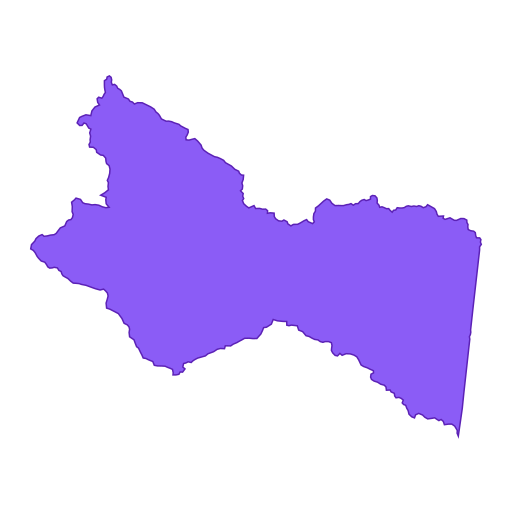 outline of Pau D'Arco, Pará, Brazil
{"feature_id": "56859067B52334370836521", "entity_name": "Pau D'Arco", "entity_type": "district", "adm_level": 2, "iso_a3": "BRA", "parent_name": "Brazil", "parent_adm1": "Pará", "projection": "orthographic", "projection_center": [-50.157, -7.725], "detail": "fine", "context": "isolated", "style": "filled", "palette": "violet", "viewbox_px": 512, "rotation_deg": 0, "n_neighbors": 0, "source": "geoboundaries", "source_scale": "gbopen_adm2", "svg_char_len": 5603}
<svg xmlns="http://www.w3.org/2000/svg" viewBox="0 0 512 512"><path d="M30.7,248.9L33.3,250.4L35.1,252.6L37.2,256.5L38.8,258.5L41.2,261.0L44.8,262.2L46.6,264.7L47.8,266.9L49.7,268.1L52.2,267.9L54.2,267.3L57.4,267.9L58.9,270.4L61.1,271.5L61.8,273.8L63.0,275.7L64.8,276.8L67.9,278.5L70.7,281.2L73.2,283.1L76.1,283.3L79.2,283.6L81.4,284.4L86.0,285.3L90.1,286.8L92.3,287.6L95.4,288.7L100.1,290.0L103.6,289.1L105.4,290.7L107.4,293.0L108.1,296.0L107.3,299.1L106.1,303.1L106.6,308.1L109.7,309.1L118.4,313.6L120.1,316.0L122.0,318.6L124.1,323.3L127.4,324.9L129.0,326.9L129.6,329.2L129.1,332.5L129.6,336.8L134.0,339.8L135.3,343.4L136.6,346.7L138.5,348.1L139.5,350.2L140.5,352.3L142.0,355.2L143.2,358.0L146.0,358.5L148.3,359.7L150.5,360.6L152.8,361.5L154.3,365.3L157.5,365.9L161.9,366.0L165.1,366.2L167.5,367.3L169.9,368.2L172.5,369.4L173.2,372.7L173.0,374.9L176.0,374.9L178.9,374.3L180.1,372.0L182.6,372.1L185.0,368.9L182.8,367.0L183.6,363.5L185.8,363.0L188.1,361.8L191.2,362.5L192.7,361.0L194.6,359.7L197.6,358.1L201.1,357.1L205.4,355.9L207.9,353.8L209.8,353.1L213.6,351.7L217.2,349.3L220.3,348.5L224.5,348.7L225.3,345.8L230.7,345.9L233.3,344.1L236.9,342.6L239.3,341.2L241.8,339.9L244.6,338.3L249.1,338.2L253.0,338.6L256.9,338.5L258.7,336.4L260.8,334.1L262.6,330.3L263.6,327.6L266.5,327.2L269.4,325.4L271.4,324.1L272.2,322.0L273.2,319.5L277.3,320.8L282.9,321.4L286.7,321.5L286.8,325.2L289.0,325.7L291.4,325.1L297.3,325.8L298.7,330.1L302.6,331.6L304.2,333.5L306.0,335.7L309.2,336.5L311.7,338.0L314.6,339.4L317.9,339.9L320.3,341.6L322.9,342.3L325.1,341.6L328.6,341.6L331.4,342.7L332.0,345.6L331.6,348.3L331.4,350.4L332.7,352.9L335.1,355.4L337.5,355.9L339.9,353.4L342.1,355.3L346.1,353.7L350.3,353.9L354.0,355.1L356.8,356.8L358.7,359.9L361.1,365.0L363.6,366.5L367.3,367.8L370.0,369.2L373.4,370.7L373.5,372.9L371.0,374.2L370.6,377.1L371.5,379.4L374.1,381.1L377.6,382.2L380.7,384.2L384.3,385.2L386.0,387.0L386.4,390.2L390.1,390.0L391.1,391.9L394.3,393.3L394.7,396.0L396.0,397.8L399.0,397.4L401.2,398.4L403.3,400.1L402.2,402.9L403.6,404.5L405.7,405.3L406.8,408.3L408.1,410.5L409.0,414.2L411.7,416.8L414.5,417.9L415.6,414.8L418.7,413.4L422.6,415.0L424.8,417.2L427.7,418.9L432.1,418.3L434.6,417.8L436.7,419.2L438.9,420.6L441.1,419.5L443.3,421.4L444.4,424.7L448.5,424.1L451.8,424.1L454.7,426.1L457.3,430.5L457.1,433.2L458.3,436.1L462.3,408.2L462.6,405.1L463.8,393.3L469.0,346.1L469.8,339.1L469.4,336.7L470.4,334.5L470.8,332.2L470.6,329.9L471.5,321.8L473.0,308.1L479.6,250.0L479.6,246.8L481.3,244.4L480.4,242.1L480.9,239.6L479.7,237.9L476.5,237.8L475.7,235.6L475.3,232.6L473.7,231.2L470.6,230.7L468.2,229.5L467.8,226.9L468.0,224.5L466.9,222.5L466.8,220.1L464.0,218.6L460.8,218.5L456.5,220.4L454.3,220.3L450.0,217.8L445.0,219.4L443.1,218.2L443.5,216.0L438.3,216.3L437.0,214.2L436.3,211.5L434.5,208.6L427.6,204.7L426.0,206.7L423.3,207.7L421.1,206.3L418.8,205.7L416.7,206.5L413.9,206.0L411.3,206.5L408.3,205.8L406.3,206.3L404.3,207.6L402.2,208.0L399.6,208.0L397.2,207.7L395.7,210.0L393.5,210.3L392.2,212.2L390.1,210.4L388.7,208.6L386.5,208.7L384.1,207.6L382.0,206.8L379.7,207.3L379.0,205.2L377.1,203.0L377.3,200.3L376.9,197.9L375.0,195.8L372.4,195.5L370.5,196.6L370.5,199.1L368.3,200.0L366.0,200.6L364.2,199.5L361.7,200.3L359.9,201.6L358.3,203.6L355.5,203.7L353.3,205.2L351.0,203.6L348.9,204.4L346.6,204.7L343.5,205.6L341.3,205.6L338.5,205.5L335.0,205.6L331.9,203.3L329.7,200.1L326.7,198.9L323.6,201.1L318.5,205.8L315.5,208.0L315.4,211.2L313.9,213.6L313.4,216.9L313.4,219.6L314.3,221.8L312.6,223.6L308.2,221.7L306.6,219.6L304.1,220.7L300.4,222.9L297.7,224.3L293.4,224.4L290.9,225.9L287.9,223.9L287.1,221.7L283.9,220.0L281.9,221.2L278.5,220.8L275.6,218.7L274.3,216.6L274.1,213.1L270.2,212.8L267.4,213.3L267.6,210.7L265.7,209.1L262.5,209.2L259.7,208.4L255.6,208.5L254.0,205.6L248.8,207.9L246.5,206.3L243.7,203.7L242.4,200.5L243.7,198.6L242.7,196.2L243.2,193.5L240.5,190.8L242.3,189.1L242.7,185.8L241.9,183.0L243.2,179.5L243.6,175.2L241.4,175.0L239.4,173.2L238.7,171.2L234.8,169.3L231.4,166.0L225.5,162.7L223.6,160.3L220.4,158.6L217.4,157.3L214.5,156.7L208.0,153.2L205.2,151.2L203.6,150.0L202.0,147.9L201.1,145.1L197.6,141.0L194.8,138.6L192.4,139.2L189.0,140.1L186.1,139.8L185.8,137.2L187.2,134.9L188.3,132.1L188.0,129.5L185.4,128.4L180.7,125.9L178.9,124.3L174.1,122.8L171.7,121.7L168.7,121.1L166.1,121.2L163.6,120.0L161.4,118.9L159.4,115.3L158.0,113.6L155.9,111.9L154.2,109.2L150.7,106.9L142.3,102.8L137.6,102.7L134.4,104.0L132.4,102.0L130.0,101.3L128.4,99.0L123.9,97.1L121.4,90.9L119.7,89.4L117.7,88.3L116.7,86.1L114.6,84.4L112.3,84.9L111.3,82.2L111.7,79.9L111.1,77.3L109.4,75.9L107.1,77.0L106.7,79.2L104.4,80.7L104.4,85.0L104.5,87.4L104.9,90.1L105.4,92.4L104.1,94.3L103.1,96.5L101.8,98.2L98.7,97.2L97.1,98.8L97.7,102.4L99.5,105.0L95.0,107.0L91.9,110.9L90.8,115.6L85.9,114.8L82.0,116.3L79.6,117.5L77.1,122.9L79.7,125.5L82.1,125.4L84.0,123.0L86.2,123.8L88.8,128.1L90.9,129.1L89.7,132.9L90.6,136.1L90.1,139.7L90.3,142.1L89.0,144.5L89.6,147.1L93.4,147.3L96.2,149.6L96.7,152.3L100.6,155.0L103.3,155.4L105.7,158.1L106.0,161.4L106.6,163.6L109.1,165.6L110.0,169.1L109.7,173.3L108.6,177.5L107.3,180.4L108.4,182.6L108.0,186.4L108.4,189.8L104.7,192.8L100.7,195.2L106.2,197.3L105.8,199.8L106.2,203.8L109.1,207.3L105.8,207.7L102.3,206.8L98.8,205.2L95.1,204.6L91.9,204.9L88.5,204.1L85.0,203.7L82.7,202.7L80.5,199.4L76.0,198.1L74.5,199.8L71.6,202.2L72.3,206.5L72.1,211.7L73.2,214.4L72.4,217.7L70.9,219.6L68.6,220.0L66.7,221.5L64.8,225.9L60.3,227.9L58.0,230.9L56.2,233.4L54.1,234.7L50.4,235.1L47.3,235.9L44.1,236.3L42.1,234.6L38.8,236.0L36.0,238.6L34.8,241.1L31.5,244.6L30.7,248.9Z" fill="#8b5cf6" stroke="#5b21b6" stroke-width="1.5"/></svg>